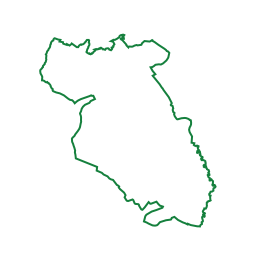 outline of Branesti, Dâmbovita, Romania, rotated 191°
{"feature_id": "2599482B82394279234380", "entity_name": "Branesti", "entity_type": "district", "adm_level": 2, "iso_a3": "ROU", "parent_name": "Romania", "parent_adm1": "Dâmbovita", "projection": "equal_earth", "projection_center": [25.411, 45.045], "detail": "fine", "context": "isolated", "style": "outline", "palette": "green", "viewbox_px": 256, "rotation_deg": 191, "n_neighbors": 0, "source": "geoboundaries", "source_scale": "gbopen_adm2", "svg_char_len": 5771}
<svg xmlns="http://www.w3.org/2000/svg" viewBox="0 0 256 256"><g transform="rotate(191 128 128)"><path d="M217.6,157.3L216.6,157.4L216.1,157.7L215.8,157.2L215.5,157.3L215.1,157.0L214.5,157.0L214.2,156.5L212.9,155.8L212.4,155.2L212.0,154.7L212.0,154.3L210.9,152.9L210.4,152.3L209.5,152.0L209.3,151.8L209.1,150.4L208.6,149.9L205.3,149.2L201.5,149.0L197.1,147.8L192.6,145.5L190.4,144.6L188.0,144.6L186.3,143.4L185.0,142.1L183.6,144.0L182.2,145.5L179.7,147.4L171.8,152.0L170.4,153.0L169.7,152.7L168.2,153.0L166.0,150.1L169.8,147.3L170.7,145.3L174.6,142.6L176.2,140.4L177.1,138.1L177.3,135.4L177.9,133.3L177.7,132.7L176.6,130.9L176.1,129.5L175.6,126.6L175.2,125.2L175.3,123.3L175.3,119.7L175.7,117.8L176.7,115.4L178.6,111.6L179.0,110.1L180.7,107.7L181.0,106.7L180.2,103.8L178.8,101.8L178.1,100.4L176.9,98.4L175.6,95.8L175.5,94.0L174.5,91.7L173.4,88.2L150.9,83.9L150.6,80.2L145.1,79.0L143.1,77.7L138.8,76.6L136.7,74.9L134.8,74.3L132.8,74.2L128.1,70.0L127.0,69.7L125.5,68.9L125.7,67.8L124.2,66.5L119.5,63.8L117.6,61.6L118.1,59.3L116.3,57.3L115.3,56.4L114.0,56.3L109.9,58.7L109.1,58.3L107.1,55.3L106.3,54.9L103.5,55.2L102.8,54.9L102.1,53.6L99.5,50.7L98.9,50.5L98.2,50.5L96.5,53.2L93.6,59.2L91.7,57.9L90.9,58.1L86.0,61.1L83.9,59.3L81.9,57.9L78.7,57.5L79.0,56.3L84.5,52.9L88.8,50.5L93.4,46.4L94.2,44.6L94.5,39.3L91.7,38.8L89.6,38.1L85.4,37.1L83.5,37.2L82.3,37.5L81.0,38.1L80.2,39.0L78.8,41.5L78.1,42.0L73.1,44.7L68.4,46.3L68.2,46.6L67.9,48.1L65.5,49.6L61.4,47.3L56.2,45.8L53.6,45.4L51.1,44.7L51.0,45.4L47.9,44.7L46.4,44.7L41.4,44.7L38.8,45.1L38.6,45.1L38.5,46.2L38.1,46.9L37.1,47.8L37.2,48.4L37.7,49.3L37.7,49.7L36.8,50.4L36.7,50.7L36.8,51.3L38.0,53.8L38.2,54.5L38.1,55.1L37.7,55.6L36.1,55.4L35.9,55.7L35.9,56.0L36.0,56.5L36.3,56.8L37.5,57.0L37.8,57.2L37.8,57.4L37.3,58.0L36.3,58.5L36.2,58.9L36.7,59.2L37.6,59.2L38.1,59.5L38.6,60.3L38.5,61.0L38.0,62.3L37.6,62.7L37.8,63.4L37.8,63.6L36.2,63.8L35.8,65.1L35.7,67.0L36.0,67.5L36.4,69.7L35.8,70.2L35.9,70.9L34.8,71.7L34.0,71.9L33.1,72.7L33.5,73.3L34.4,76.7L34.3,77.0L34.0,77.2L34.0,77.4L35.2,77.5L35.6,78.4L35.6,79.1L35.1,79.7L34.8,81.2L33.3,81.7L32.2,82.8L32.6,84.3L32.5,85.2L31.4,86.0L30.9,86.9L30.9,87.3L32.1,88.6L32.5,88.5L33.0,87.6L33.7,87.6L34.2,88.0L34.4,88.6L34.0,90.0L34.3,90.9L34.4,92.0L35.3,92.5L36.4,93.6L36.7,93.5L36.9,92.6L37.2,92.2L37.5,92.0L37.9,92.1L38.1,92.8L37.9,93.7L38.3,94.6L39.0,94.7L39.7,95.2L40.4,96.5L40.7,96.8L40.8,97.1L40.5,97.5L39.4,97.2L39.1,97.4L39.3,98.2L40.7,99.4L40.7,99.6L40.0,100.4L40.0,100.6L40.7,102.0L42.6,102.6L42.9,103.4L43.6,103.7L44.0,105.2L44.3,105.2L45.7,104.1L45.9,104.2L45.6,104.9L45.7,105.1L46.2,105.0L46.6,105.3L46.6,105.8L46.3,106.3L45.0,106.5L44.8,106.8L45.1,107.5L45.0,108.4L45.4,108.8L45.7,110.1L46.3,110.5L48.0,110.9L48.3,110.9L49.2,110.5L49.4,110.5L49.4,111.2L49.7,111.4L50.4,111.6L50.3,112.1L49.3,112.3L49.2,112.8L49.2,113.5L49.4,113.8L49.9,113.8L52.1,114.9L52.4,115.5L51.9,116.0L52.8,118.2L53.8,117.7L54.3,117.1L55.0,116.8L55.5,116.9L55.6,117.4L55.5,118.7L54.3,119.2L54.0,119.7L55.2,120.6L55.8,122.1L55.2,122.9L55.3,123.6L56.9,123.9L57.8,123.2L58.7,123.5L59.3,123.4L60.2,123.9L60.0,125.7L62.8,125.7L63.5,131.9L66.7,135.7L67.7,137.9L67.6,140.2L67.0,142.2L66.8,143.6L67.1,145.4L67.8,147.5L68.9,147.6L69.0,147.9L70.7,148.5L72.8,148.8L74.2,148.7L77.3,147.8L80.9,146.0L81.6,146.0L82.2,146.4L84.3,148.4L85.4,150.3L85.2,151.4L85.3,151.8L86.6,152.3L87.5,154.1L87.6,155.1L87.3,155.7L88.3,157.9L88.5,158.2L90.0,158.4L90.4,158.8L89.8,160.8L93.9,166.1L100.3,172.0L101.7,173.6L102.3,173.9L105.3,177.0L113.7,184.0L111.4,186.0L114.7,188.7L117.4,191.9L115.7,192.5L114.4,193.7L113.1,195.3L109.9,196.4L107.8,196.6L105.9,198.1L103.2,201.6L102.5,203.2L101.9,204.8L101.8,209.6L103.2,210.7L104.7,211.0L105.5,211.8L107.5,212.8L113.9,215.4L118.4,217.5L120.4,218.1L120.6,218.7L121.1,218.9L122.3,217.7L123.2,217.0L128.4,216.5L130.5,213.7L130.6,212.5L130.8,212.2L134.4,210.9L135.4,211.1L137.4,210.1L138.3,209.3L139.5,208.6L142.5,208.2L142.9,207.7L143.0,207.2L145.0,208.6L145.5,209.1L145.5,209.5L150.3,213.2L151.6,213.6L152.2,214.1L151.8,214.8L149.1,214.8L149.2,215.5L150.7,216.7L149.5,217.9L150.0,218.3L149.8,218.6L150.6,218.7L152.9,217.7L153.4,217.2L153.8,216.7L154.0,215.4L155.9,213.4L157.7,212.0L159.1,211.8L161.2,210.0L159.1,209.9L157.3,207.6L158.2,205.8L157.8,205.2L157.9,204.8L159.5,203.8L159.5,203.7L158.9,203.4L158.6,203.0L158.8,202.2L159.5,201.1L161.4,201.4L161.9,202.1L162.4,202.4L163.4,202.3L164.8,201.7L165.4,200.4L167.6,200.8L167.7,200.6L168.2,201.0L169.0,201.1L169.6,201.6L170.0,201.6L171.6,200.5L171.2,200.2L172.5,199.6L173.4,199.2L173.8,199.4L174.4,199.1L174.6,199.3L175.7,198.7L174.7,198.4L175.4,197.1L176.4,196.2L176.5,195.4L177.4,194.2L177.9,194.4L178.5,193.7L178.5,193.4L178.9,193.2L180.1,193.8L180.3,193.4L181.1,193.6L183.1,194.4L183.3,194.8L183.0,195.7L183.1,196.4L182.8,198.1L182.4,199.0L182.3,199.4L182.5,200.0L181.8,202.0L181.9,203.1L182.3,204.0L182.8,204.3L182.8,204.7L182.8,206.3L183.0,206.8L182.6,207.1L185.1,206.6L185.3,206.3L186.0,204.5L186.4,204.2L186.9,203.0L187.8,201.9L188.4,201.4L189.4,201.2L189.6,200.8L190.5,200.9L191.6,199.7L192.2,198.5L192.3,197.9L193.7,197.6L199.4,200.2L199.6,199.6L201.1,197.8L203.9,198.7L203.9,197.9L207.6,198.4L208.2,199.4L208.2,199.8L211.7,199.8L211.2,201.6L213.3,201.5L217.1,202.1L217.6,201.7L218.1,200.7L218.0,199.7L219.1,198.8L219.7,197.6L219.9,196.5L219.7,195.9L220.1,195.0L220.0,192.7L220.4,191.5L221.1,190.0L221.1,189.2L222.0,187.8L222.1,186.2L222.4,185.0L222.7,184.6L222.0,183.7L221.9,183.2L221.7,180.8L221.2,179.5L221.4,178.3L221.3,177.7L221.5,176.8L222.0,176.1L222.1,175.4L221.9,175.0L222.1,174.6L223.3,172.7L223.3,172.4L223.1,171.5L223.7,170.9L223.7,170.4L224.1,169.7L225.0,168.5L225.1,167.3L224.3,164.9L222.6,162.9L221.9,161.8L221.5,158.4L220.9,158.5L219.3,158.3L217.6,157.3Z" fill="none" stroke="#15803d" stroke-width="2"/></g></svg>